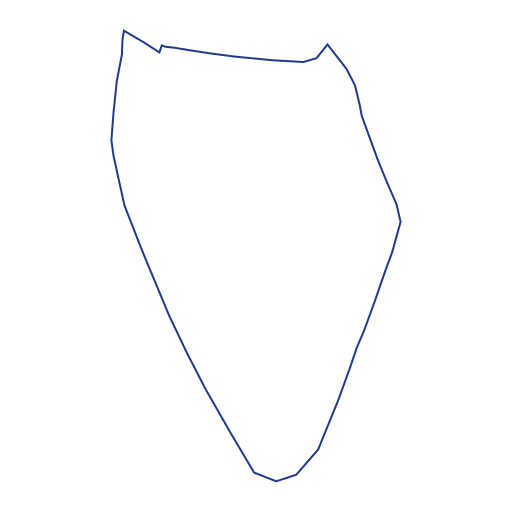 the district of Tonga, Tuvalu
{"feature_id": "33948139B52868030722723", "entity_name": "Tonga", "entity_type": "district", "adm_level": 2, "iso_a3": "TUV", "parent_name": "Tuvalu", "parent_adm1": "", "projection": "equal_earth", "projection_center": [176.319, -6.294], "detail": "fine", "context": "isolated", "style": "outline", "palette": "blue", "viewbox_px": 512, "rotation_deg": 0, "n_neighbors": 0, "source": "geoboundaries", "source_scale": "gbopen_adm2", "svg_char_len": 648}
<svg xmlns="http://www.w3.org/2000/svg" viewBox="0 0 512 512"><path d="M123.9,30.7L122.5,39.4L121.9,54.5L116.8,81.0L113.6,111.6L111.4,140.4L113.5,155.7L124.4,205.3L143.5,254.1L169.2,315.7L186.6,352.3L205.5,389.0L229.4,430.9L254.1,472.6L276.2,481.3L296.3,474.7L318.1,449.6L338.1,400.5L350.4,366.6L356.6,348.2L364.3,330.0L374.2,302.9L386.1,268.5L392.2,252.2L400.6,221.8L396.5,204.3L386.0,180.0L377.5,159.1L361.7,115.7L359.7,104.9L355.0,85.4L346.5,68.9L327.5,44.5L316.5,58.2L303.5,62.0L273.1,60.3L235.0,56.6L211.7,53.6L190.1,50.3L174.2,47.7L165.8,46.8L161.8,45.4L159.4,52.4L143.7,42.3L123.9,30.7Z" fill="none" stroke="#1e3a8a" stroke-width="2"/></svg>